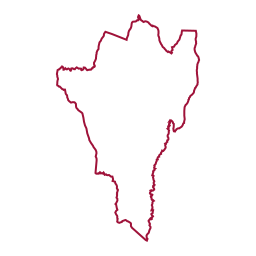 Luziânia, Goiás, Brazil
{"feature_id": "56859067B22325877983857", "entity_name": "Luziânia", "entity_type": "district", "adm_level": 2, "iso_a3": "BRA", "parent_name": "Brazil", "parent_adm1": "Goiás", "projection": "equal_earth", "projection_center": [-47.986, -16.555], "detail": "fine", "context": "isolated", "style": "outline", "palette": "rose", "viewbox_px": 256, "rotation_deg": 0, "n_neighbors": 0, "source": "geoboundaries", "source_scale": "gbopen_adm2", "svg_char_len": 5781}
<svg xmlns="http://www.w3.org/2000/svg" viewBox="0 0 256 256"><path d="M62.1,66.5L61.8,67.2L60.9,67.5L60.4,68.4L59.5,68.8L59.2,69.4L58.3,69.7L57.6,70.1L56.9,74.1L57.3,75.6L57.3,76.8L57.7,77.8L58.0,79.1L57.6,80.2L57.3,82.1L57.3,83.3L57.1,84.9L57.4,85.5L58.6,86.0L59.1,86.7L59.9,86.7L62.2,89.1L62.8,89.2L63.6,89.9L64.1,89.6L65.0,89.6L65.7,93.6L66.2,94.5L66.9,95.1L67.2,96.1L67.2,97.3L67.9,98.8L68.2,100.1L69.2,101.2L71.0,102.6L72.5,102.2L73.6,102.2L74.5,102.3L75.1,102.8L75.9,103.9L76.1,107.0L76.7,108.3L77.7,109.2L78.2,110.1L81.8,112.7L82.4,113.4L83.4,117.7L84.0,121.7L85.0,125.4L86.4,128.4L87.3,133.4L89.1,138.5L89.3,140.0L90.9,142.8L93.0,145.8L93.5,147.0L95.6,149.8L96.3,151.5L96.5,153.2L95.7,156.6L96.2,157.5L96.6,158.9L96.6,160.6L95.5,173.0L96.3,173.7L97.3,173.5L98.0,173.8L98.6,173.2L99.2,173.0L99.7,172.5L100.1,173.3L100.7,172.7L101.3,173.3L102.0,173.4L102.6,173.1L103.0,173.5L103.6,172.6L104.3,173.6L104.7,174.8L106.1,174.4L106.7,175.0L107.5,175.2L109.0,175.0L111.0,176.6L112.4,176.6L113.1,179.2L112.6,181.0L115.0,181.7L115.4,183.5L116.3,184.6L116.9,186.0L117.0,186.9L116.8,188.0L117.0,188.8L117.8,189.5L117.9,190.2L117.5,190.9L117.5,191.7L117.1,192.4L116.9,193.1L117.2,194.0L116.9,194.7L117.1,195.7L116.5,197.7L117.3,198.6L117.4,200.6L116.2,203.1L115.5,204.0L116.1,204.5L116.8,208.1L117.4,209.8L116.2,210.8L115.3,212.5L116.2,214.5L117.1,215.7L117.3,216.7L117.2,218.0L117.7,218.9L117.4,219.6L117.4,220.8L117.2,221.6L117.7,222.2L118.9,222.7L119.6,222.8L120.3,222.4L121.8,222.0L122.3,221.1L125.4,220.0L126.3,220.4L127.2,221.2L128.3,221.5L130.5,222.9L130.9,223.4L131.0,224.4L130.9,225.3L131.0,226.2L131.9,227.7L145.7,240.0L146.9,240.6L147.5,238.9L146.8,238.1L146.5,235.9L146.7,235.2L147.6,233.9L148.3,233.3L148.8,232.6L149.4,230.3L150.5,228.0L150.5,226.9L149.4,225.2L150.0,224.0L149.5,223.1L149.3,222.4L148.7,221.5L148.6,220.7L150.2,218.7L151.0,219.4L151.9,218.9L151.5,217.6L152.3,217.1L153.0,216.3L152.6,215.8L152.0,215.5L151.3,214.1L152.7,213.0L152.7,212.0L153.1,210.3L152.3,210.2L151.5,210.3L151.8,209.4L152.5,209.0L152.3,208.1L152.5,207.2L152.1,205.8L151.8,205.1L152.5,203.6L152.4,202.7L152.9,201.3L153.8,200.8L153.1,200.1L152.1,200.0L151.6,199.3L151.7,198.2L151.2,197.7L150.8,196.5L151.3,196.0L152.0,195.7L152.4,194.8L151.7,194.3L150.6,194.3L149.9,193.1L150.2,192.2L151.2,191.1L150.6,190.5L151.3,190.2L152.8,190.7L154.2,189.6L154.1,188.6L153.0,187.1L153.2,185.8L154.2,185.7L154.6,184.9L154.0,184.3L153.7,183.4L153.7,182.3L154.3,181.6L154.1,180.7L153.6,180.1L153.4,179.3L153.4,178.6L153.0,177.6L153.2,176.7L153.6,175.9L153.0,175.2L152.3,175.2L153.4,171.8L153.1,171.3L153.5,170.6L154.4,170.2L154.5,169.3L155.2,168.7L154.5,168.4L154.1,167.8L154.7,166.1L154.3,165.6L154.7,164.9L155.7,163.9L156.0,162.4L156.7,161.0L156.7,159.7L157.8,159.4L157.5,158.4L157.8,157.4L158.3,156.9L159.2,156.7L159.1,155.7L159.4,155.0L160.5,154.1L161.1,153.9L161.0,152.8L161.5,152.2L162.1,150.7L162.6,151.1L163.2,151.0L164.3,149.8L165.6,147.8L165.7,147.0L165.2,145.5L165.2,144.7L165.7,144.3L165.2,143.6L166.2,143.2L166.7,142.2L167.3,141.9L167.2,140.4L168.0,140.0L168.4,139.4L168.4,138.1L168.2,137.3L167.7,136.8L167.6,135.7L167.8,135.0L168.6,133.8L168.8,132.6L168.7,131.7L169.1,130.4L167.8,129.0L168.4,128.9L168.7,128.1L168.0,127.0L168.3,126.2L169.2,126.3L169.7,125.6L169.0,125.0L169.0,124.0L169.6,123.7L169.9,123.1L170.2,122.4L170.2,121.6L169.2,121.7L170.1,120.3L170.7,120.8L171.3,120.5L172.4,121.5L172.9,122.4L173.1,123.3L173.8,123.9L173.7,127.0L173.3,128.9L173.6,129.6L173.6,130.5L173.9,131.3L175.0,131.5L175.4,130.6L176.1,130.0L176.4,129.3L177.7,128.5L178.5,128.3L179.1,128.4L181.6,126.7L182.5,125.5L183.3,123.4L184.1,123.0L184.1,121.8L184.7,119.2L184.3,115.6L184.3,110.9L184.6,107.1L185.7,104.8L186.3,104.5L187.6,102.7L188.4,100.6L188.4,99.8L188.9,99.4L189.1,97.9L189.8,97.3L190.3,96.0L192.1,94.6L193.6,92.9L194.0,91.9L194.0,91.0L195.2,87.8L195.7,87.6L196.1,86.6L197.5,84.5L197.5,83.6L197.8,82.2L197.6,81.2L197.6,78.6L196.9,73.2L197.0,72.3L196.8,71.1L196.8,69.8L197.0,69.1L197.2,67.8L197.0,67.1L197.3,65.9L197.3,64.7L197.9,62.9L198.4,62.1L198.7,60.9L199.1,60.0L198.4,57.1L198.0,56.3L197.4,55.9L195.3,52.4L194.6,49.8L194.6,48.1L195.1,47.0L195.3,45.9L196.2,43.4L196.0,42.4L196.1,41.6L195.7,40.1L195.6,38.9L196.3,36.6L196.4,33.7L195.8,30.8L182.1,30.5L181.8,31.8L181.5,34.3L181.2,35.0L180.7,35.3L179.4,39.6L177.7,41.6L176.9,43.5L175.0,44.9L174.0,46.7L172.0,47.2L172.3,48.1L172.6,49.9L171.8,50.4L171.5,51.0L171.4,51.7L172.0,52.7L171.4,53.4L170.5,52.7L168.4,51.5L167.9,52.0L166.1,50.6L165.8,50.0L164.7,48.9L164.3,48.2L162.7,46.9L161.6,44.7L160.9,43.8L160.6,42.9L160.2,42.3L159.4,40.3L159.3,38.5L158.9,36.8L158.4,35.9L158.3,34.5L158.5,33.5L158.5,31.1L158.2,29.8L157.4,28.0L154.8,26.4L153.3,26.1L152.8,25.7L152.4,26.2L151.5,25.7L149.0,23.3L148.6,22.6L147.3,21.8L145.7,21.3L144.8,21.4L143.7,22.0L142.8,21.5L142.4,20.9L141.7,20.7L141.0,20.1L140.3,18.7L139.6,16.5L139.2,15.7L138.7,15.4L138.0,17.1L138.9,19.6L137.9,20.4L137.4,20.2L136.7,20.5L136.2,21.2L135.6,21.5L132.9,21.7L132.0,22.5L131.7,23.6L131.3,26.7L130.7,28.3L130.3,29.0L129.7,29.5L129.5,30.2L129.0,30.8L128.4,32.8L128.2,35.0L126.9,38.1L126.6,39.8L111.9,34.0L105.4,31.8L104.1,33.7L103.9,34.5L103.9,35.3L103.6,36.2L101.7,38.6L100.8,40.8L99.5,42.4L98.6,46.4L98.5,49.1L97.4,50.5L96.6,52.6L96.6,53.9L96.2,55.0L96.2,56.1L96.0,57.5L96.0,58.6L95.2,60.6L94.0,62.8L94.1,64.9L94.7,65.4L94.8,66.2L94.4,66.9L93.2,67.1L92.5,68.4L91.9,68.3L90.9,69.7L89.5,69.6L88.9,69.9L88.3,69.8L87.2,70.2L86.6,69.7L86.2,69.0L84.9,67.6L83.7,67.5L83.3,69.4L81.7,70.2L81.2,69.9L81.1,68.7L79.7,68.5L78.8,68.7L76.7,67.4L75.4,68.4L74.9,69.2L74.1,69.2L72.6,68.3L72.0,68.3L71.3,68.5L71.2,69.8L70.7,70.7L70.1,70.4L69.7,69.4L68.5,68.5L67.8,68.7L66.9,69.4L66.4,69.2L65.3,68.2L64.4,69.5L63.5,69.7L63.3,68.4L63.1,67.6L62.7,66.8L62.1,66.5Z" fill="none" stroke="#9f1239" stroke-width="2"/></svg>